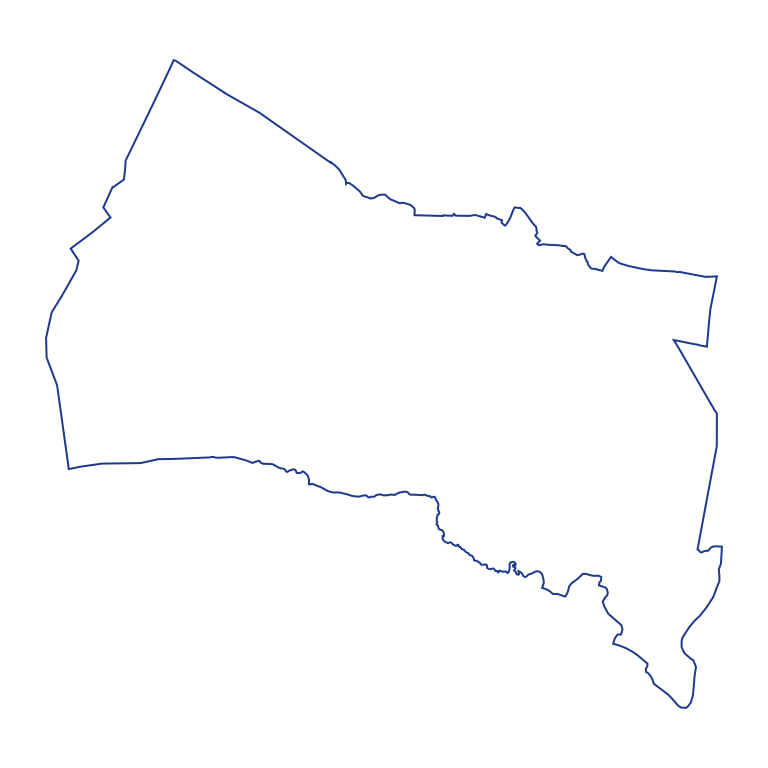 the district of Kota Banjar Baru, Kalimantan Selatan, Indonesia
{"feature_id": "22746128B6711072078761", "entity_name": "Kota Banjar Baru", "entity_type": "district", "adm_level": 2, "iso_a3": "IDN", "parent_name": "Indonesia", "parent_adm1": "Kalimantan Selatan", "projection": "albers", "projection_center": [114.83, -3.484], "detail": "fine", "context": "isolated", "style": "outline", "palette": "blue", "viewbox_px": 768, "rotation_deg": 0, "n_neighbors": 0, "source": "geoboundaries", "source_scale": "gbopen_adm2", "svg_char_len": 6093}
<svg xmlns="http://www.w3.org/2000/svg" viewBox="0 0 768 768"><path d="M68.8,469.1L79.9,466.8L102.0,463.6L140.4,463.1L158.3,459.2L174.5,458.9L207.8,457.5L209.8,457.4L211.5,456.9L214.3,457.1L215.5,457.6L217.7,457.8L231.3,457.1L233.9,457.1L245.2,460.1L252.5,462.9L256.0,461.6L259.1,460.7L260.8,462.8L263.6,463.9L265.7,463.8L271.8,464.1L273.1,464.4L278.8,467.7L281.2,468.4L282.8,468.5L284.3,469.0L285.3,470.1L285.9,471.3L286.6,471.8L287.2,471.9L287.8,471.6L289.6,470.3L290.9,470.3L291.5,470.1L292.2,469.5L293.0,469.3L295.1,469.7L296.0,471.0L296.4,472.4L297.0,473.0L299.2,473.1L301.0,472.7L301.9,471.8L302.9,471.4L304.2,472.1L307.6,475.5L308.6,478.2L309.2,481.0L308.8,482.9L308.9,484.2L309.6,484.5L310.4,484.4L311.0,484.0L312.4,483.9L321.1,487.3L327.5,490.9L329.8,491.7L331.5,492.1L333.6,492.5L337.5,492.4L340.5,492.7L347.8,494.5L349.6,495.2L352.6,496.0L355.2,496.4L359.4,496.6L361.4,496.0L364.8,495.3L365.8,495.3L367.4,496.4L368.0,497.2L368.9,497.4L370.0,497.3L370.5,496.8L371.6,496.6L372.4,496.8L374.1,496.7L376.5,495.0L380.2,494.3L383.5,495.4L388.3,495.2L389.6,494.7L391.1,494.6L394.6,494.9L395.8,494.4L397.7,493.2L399.8,492.5L405.0,491.6L407.6,492.1L408.4,493.2L409.5,494.3L411.3,494.7L417.0,494.8L422.2,495.2L424.5,494.7L425.9,495.1L427.9,496.0L429.8,496.1L430.9,497.2L431.6,497.5L432.3,497.3L432.7,496.9L434.4,496.8L435.0,497.2L436.6,501.1L437.4,501.8L437.8,503.0L438.2,503.3L438.4,504.5L437.8,509.3L439.3,512.3L439.0,513.9L437.4,514.9L437.4,516.3L436.8,517.7L436.7,521.3L437.3,522.3L436.6,524.0L436.7,524.6L437.9,525.6L438.8,529.0L440.6,529.8L442.0,530.1L442.9,531.2L443.8,532.7L444.1,535.8L443.8,536.1L443.4,535.9L442.5,536.1L442.8,537.3L442.6,538.9L443.4,540.4L444.8,541.6L448.0,543.2L449.9,542.3L450.6,542.3L452.4,543.6L453.0,544.6L453.6,545.0L454.1,545.1L456.0,545.9L457.8,544.7L458.4,544.9L458.6,546.2L459.6,547.0L460.3,547.0L461.5,548.8L462.4,549.4L462.8,549.4L464.0,549.8L465.1,551.3L466.4,552.3L468.7,553.5L469.8,555.2L470.2,555.4L471.0,555.4L472.2,556.0L473.1,557.1L473.9,559.0L474.0,560.2L474.7,560.7L476.3,560.7L476.9,560.9L478.2,561.9L479.9,562.7L480.7,564.3L481.2,564.6L481.8,564.8L485.7,564.5L486.5,564.7L486.9,565.4L487.0,567.3L487.3,568.1L489.3,569.1L490.7,569.2L492.7,568.5L493.4,568.6L494.2,569.2L495.6,571.1L497.0,570.9L497.4,571.2L497.9,572.4L498.1,572.4L498.6,572.2L499.2,570.9L499.7,570.6L502.5,571.7L505.0,571.5L506.4,571.7L506.7,572.3L507.9,573.0L508.8,571.7L509.3,569.9L509.7,567.8L509.5,564.9L509.9,563.2L511.0,562.3L512.0,561.9L512.9,561.8L514.2,562.1L515.5,563.5L515.6,565.0L515.3,565.4L514.9,565.5L513.9,564.8L513.3,565.0L512.9,565.4L513.0,565.9L513.2,566.7L514.4,567.0L515.2,567.5L515.5,568.0L515.3,568.7L514.0,570.2L514.3,570.7L515.6,571.7L515.8,572.5L516.6,574.0L517.4,574.5L518.1,574.7L518.7,574.6L519.0,574.1L518.4,571.1L519.4,571.4L521.7,573.2L522.4,574.0L523.6,576.5L524.4,576.8L525.3,576.9L526.4,576.6L527.0,576.1L528.1,574.8L528.8,574.4L531.7,573.6L533.6,572.4L535.3,571.7L536.7,571.3L538.8,571.4L540.1,572.2L541.7,573.5L542.1,574.1L543.6,580.0L543.8,582.0L543.7,583.2L542.1,587.9L547.2,589.6L549.8,591.3L553.1,594.0L556.6,593.9L558.2,594.2L562.4,595.6L563.9,596.3L565.2,596.4L567.3,593.2L568.5,589.4L569.1,586.4L571.9,583.0L577.5,579.0L582.9,573.8L586.5,574.0L590.6,575.3L593.5,575.8L598.9,575.8L601.2,577.0L601.2,578.5L600.9,580.9L599.4,582.4L598.9,585.4L605.3,587.5L606.8,589.0L607.8,592.6L607.3,595.2L605.3,597.2L602.7,601.6L604.5,606.9L608.3,613.8L621.4,625.2L622.5,629.3L621.1,634.5L617.6,634.5L614.8,638.3L613.2,643.8L620.0,645.7L626.7,648.5L634.0,652.7L637.0,654.8L647.4,663.5L647.4,666.3L645.9,668.6L645.9,671.7L648.5,673.5L650.5,675.8L652.2,678.9L653.9,683.8L668.4,694.8L673.3,700.0L678.2,705.7L681.1,707.6L686.3,707.8L688.1,706.2L690.9,702.4L692.9,695.6L693.8,686.4L694.5,676.7L696.0,666.9L693.3,660.3L690.2,658.3L684.3,653.0L681.6,647.0L681.6,641.0L682.6,637.4L689.4,626.9L694.7,620.7L699.6,616.1L706.1,608.0L713.2,597.2L716.4,588.5L719.4,581.1L719.4,575.5L718.8,569.6L721.0,563.4L721.9,546.7L717.0,546.3L714.2,546.4L713.1,546.6L710.8,547.6L709.1,549.7L707.8,550.9L704.9,550.9L701.8,552.3L700.8,552.3L700.2,552.0L698.7,550.1L697.5,549.5L716.8,446.1L716.9,413.7L714.0,409.2L680.0,350.3L673.8,340.0L689.3,343.2L697.2,344.6L701.8,345.8L706.9,346.7L709.1,321.3L710.4,309.1L716.9,276.4L705.7,276.9L681.4,272.3L679.7,271.8L678.0,272.2L674.7,271.5L651.7,270.3L643.1,269.1L628.7,266.0L620.5,263.6L618.6,262.7L617.0,261.6L611.0,256.9L604.0,267.1L602.4,270.9L597.1,269.5L596.4,269.0L595.7,269.1L591.2,268.5L590.9,268.4L590.3,267.3L588.7,265.7L587.8,263.8L587.4,261.5L586.6,261.1L585.9,259.1L585.1,257.8L584.5,254.6L584.2,254.0L583.7,253.6L582.0,253.9L577.7,255.2L576.8,254.9L570.7,251.5L570.7,250.3L567.5,248.1L566.7,246.8L565.2,246.0L564.6,245.9L562.8,246.0L558.3,245.2L548.4,244.8L543.8,244.2L538.8,245.2L537.7,244.2L537.1,243.6L540.1,240.7L535.7,236.4L535.3,235.6L536.9,233.6L537.3,232.7L537.2,232.0L536.5,230.8L536.6,228.9L535.8,226.3L534.1,224.9L532.7,223.1L525.2,212.7L522.1,209.3L520.2,207.9L518.2,208.0L514.9,207.3L514.4,207.6L512.4,212.2L510.1,218.2L507.4,222.8L505.4,225.6L504.3,225.1L502.0,223.1L501.5,222.3L501.5,221.8L502.2,220.5L502.1,220.3L496.7,218.3L496.4,217.7L494.4,216.5L491.3,215.9L487.6,214.7L486.2,214.0L484.7,217.7L475.3,215.0L473.4,215.2L469.9,215.9L456.3,215.7L455.4,215.5L454.0,213.9L452.6,215.8L442.9,215.4L442.7,216.0L414.5,215.2L414.7,209.9L414.5,208.8L413.8,207.8L412.8,207.1L412.4,206.3L411.0,205.3L407.4,203.9L402.7,202.7L399.8,203.3L393.2,200.4L390.7,199.5L387.5,197.0L385.3,194.7L382.6,194.6L378.7,195.1L374.8,197.5L372.9,198.2L372.0,198.1L371.3,198.5L370.5,198.5L369.4,198.0L363.0,195.9L360.0,191.6L352.4,185.1L348.8,182.9L347.4,183.0L346.5,183.4L346.1,183.9L345.8,180.6L345.4,179.6L339.4,169.8L335.4,165.8L330.8,162.1L330.6,162.7L259.2,112.6L224.6,93.0L224.8,92.8L221.2,90.6L193.0,72.4L175.8,60.8L173.6,60.2L170.4,67.5L152.5,105.1L125.6,160.7L125.1,169.3L123.9,179.6L112.6,187.6L112.4,187.4L103.3,207.4L110.5,217.5L93.3,231.6L70.7,248.6L78.6,260.7L76.3,270.3L64.9,290.6L62.6,294.5L61.6,296.6L61.4,296.6L51.7,312.3L46.1,337.8L46.6,357.5L57.1,385.3L68.8,469.1Z" fill="none" stroke="#1e3a8a" stroke-width="2"/></svg>